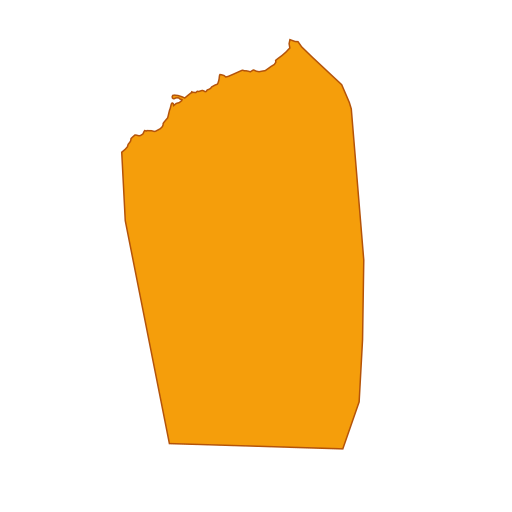 Ras Sidr, Janub Sina', Egypt, rotated 79°
{"feature_id": "37247803B11741715008069", "entity_name": "Ras Sidr", "entity_type": "district", "adm_level": 2, "iso_a3": "EGY", "parent_name": "Egypt", "parent_adm1": "Janub Sina'", "projection": "robinson", "projection_center": [32.786, 29.599], "detail": "fine", "context": "isolated", "style": "filled", "palette": "amber", "viewbox_px": 512, "rotation_deg": 79, "n_neighbors": 0, "source": "geoboundaries", "source_scale": "gbopen_adm2", "svg_char_len": 1756}
<svg xmlns="http://www.w3.org/2000/svg" viewBox="0 0 512 512"><g transform="rotate(79 256 256)"><path d="M423.6,376.8L461.9,207.6L418.9,182.6L358.6,167.4L280.6,151.0L129.8,134.4L123.1,135.1L104.2,139.2L71.6,162.8L59.4,171.3L53.6,173.9L52.9,176.7L50.1,181.4L53.9,183.0L58.3,183.1L58.7,183.7L59.0,184.1L59.1,184.4L61.1,187.1L61.4,187.5L64.2,192.3L66.1,196.3L67.7,199.4L69.6,199.6L71.5,201.5L72.8,205.0L74.7,209.1L75.8,211.6L75.7,214.3L75.7,217.8L74.6,220.5L73.1,222.6L72.9,223.2L74.1,226.4L73.2,228.2L72.4,230.1L71.9,232.2L71.1,233.6L71.1,234.4L71.7,237.1L73.2,243.5L74.4,249.0L74.5,251.5L72.8,252.9L71.6,255.1L71.0,256.7L71.5,257.2L72.8,257.7L75.0,258.4L76.7,259.1L79.1,260.4L80.0,261.2L80.4,263.7L81.6,267.3L82.6,268.4L83.3,269.9L83.7,272.2L84.8,273.3L85.1,273.9L84.8,274.9L83.9,275.8L83.2,277.2L83.6,280.8L83.1,282.2L83.5,282.9L84.1,283.9L83.3,286.6L82.6,287.7L83.5,288.0L83.4,288.5L84.9,291.4L87.3,295.8L85.5,298.4L83.6,301.9L82.5,305.4L82.5,307.1L83.7,307.9L84.9,307.9L85.8,307.2L86.0,306.0L85.5,304.6L85.7,303.2L86.0,301.8L87.5,300.6L88.2,299.3L88.5,298.8L89.4,299.4L90.8,302.1L90.9,303.9L91.1,305.3L92.6,308.1L91.9,308.1L91.2,308.1L90.6,308.2L90.3,308.4L89.8,309.1L90.5,310.0L91.6,310.6L92.1,310.8L94.7,312.0L96.3,313.0L99.5,314.5L102.0,315.6L103.7,316.5L105.0,318.2L106.9,320.5L108.1,321.8L109.6,322.2L111.1,323.2L112.8,325.7L114.4,330.9L114.3,332.2L113.7,333.4L113.0,334.9L112.7,336.6L112.1,339.0L112.4,339.9L111.6,341.3L112.5,342.2L114.1,343.3L114.8,344.0L115.7,346.5L115.7,347.8L115.1,349.2L114.6,350.2L114.1,351.7L115.6,354.3L116.8,356.2L118.1,356.7L119.1,357.1L120.3,358.2L122.0,360.2L123.3,360.9L124.2,361.3L126.2,363.9L127.3,365.8L127.9,366.9L128.5,368.0L196.4,377.6L423.6,376.8Z" fill="#f59e0b" stroke="#b45309" stroke-width="1.5"/></g></svg>